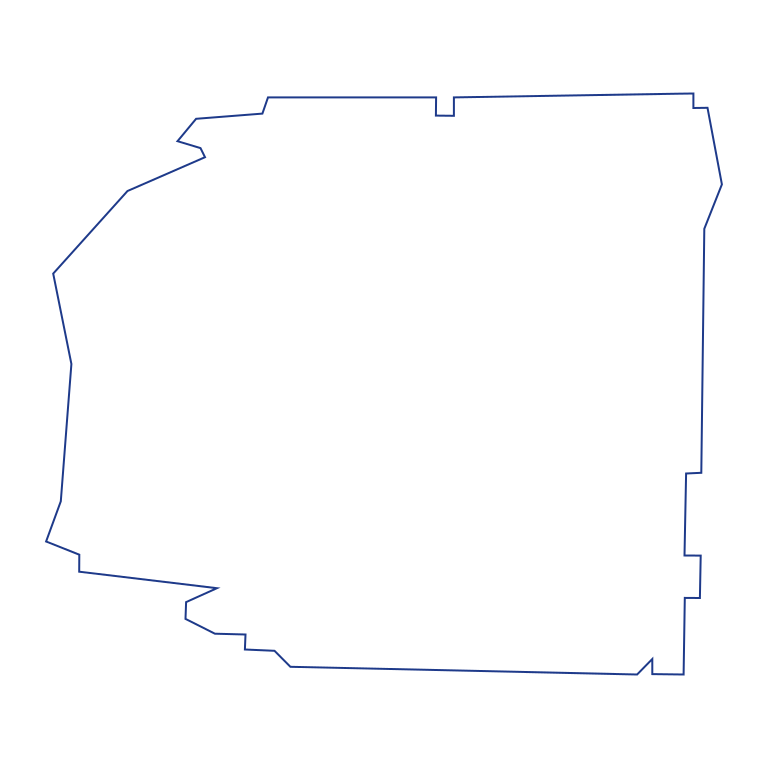 Stewart, Georgia, United States of America (Robinson projection)
{"feature_id": "52423323B56681995994773", "entity_name": "Stewart", "entity_type": "district", "adm_level": 2, "iso_a3": "USA", "parent_name": "United States of America", "parent_adm1": "Georgia", "projection": "robinson", "projection_center": [-84.837, 32.077], "detail": "fine", "context": "isolated", "style": "outline", "palette": "blue", "viewbox_px": 768, "rotation_deg": 0, "n_neighbors": 0, "source": "geoboundaries", "source_scale": "gbopen_adm2", "svg_char_len": 631}
<svg xmlns="http://www.w3.org/2000/svg" viewBox="0 0 768 768"><path d="M683.6,674.5L684.8,597.9L699.9,598.0L700.7,555.6L684.5,555.5L686.1,473.5L701.3,472.8L704.3,228.8L721.9,184.4L707.5,107.8L693.4,108.0L693.4,93.5L678.4,93.7L453.9,97.4L453.9,115.8L435.9,115.6L436.1,97.4L268.0,97.4L262.4,113.6L196.1,118.8L177.5,141.2L200.5,148.1L205.0,157.2L127.5,191.0L53.2,273.6L71.4,364.0L67.8,410.4L60.8,501.3L46.1,541.5L79.3,554.7L79.2,571.7L216.9,588.2L186.1,602.1L185.5,618.9L214.9,633.7L245.5,634.5L244.9,649.5L274.5,650.8L290.4,666.8L637.1,674.5L652.3,659.0L652.3,674.1L683.6,674.5Z" fill="none" stroke="#1e3a8a" stroke-width="2"/></svg>